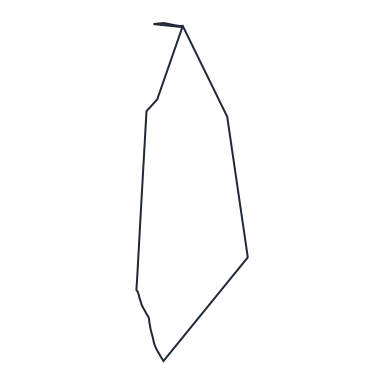 the district of Esperance, Soufrière, Saint Lucia
{"feature_id": "8701671B64891030149560", "entity_name": "Esperance", "entity_type": "district", "adm_level": 2, "iso_a3": "LCA", "parent_name": "Saint Lucia", "parent_adm1": "Soufrière", "projection": "equal_earth", "projection_center": [-61.054, 13.808], "detail": "fine", "context": "isolated", "style": "outline", "palette": "slate", "viewbox_px": 384, "rotation_deg": 0, "n_neighbors": 0, "source": "geoboundaries", "source_scale": "gbopen_adm2", "svg_char_len": 1126}
<svg xmlns="http://www.w3.org/2000/svg" viewBox="0 0 384 384"><path d="M146.5,111.2L141.3,203.1L137.2,277.5L136.6,286.5L136.4,290.0L137.7,291.7L138.8,294.8L139.7,299.0L140.4,300.6L141.3,303.7L141.8,305.1L142.0,305.7L144.5,310.2L147.6,315.8L148.6,317.2L148.9,318.5L149.2,320.2L149.2,320.8L149.3,321.6L149.4,322.5L149.6,323.3L149.7,324.4L149.9,325.1L150.0,326.0L150.1,326.6L150.3,327.5L150.4,328.3L150.6,329.2L150.8,330.1L151.0,331.0L151.3,331.9L151.5,332.7L151.7,333.6L152.0,334.4L152.2,335.1L152.4,336.0L152.6,336.8L152.9,337.9L153.0,338.6L153.3,339.6L153.5,340.6L153.6,341.5L153.9,342.2L154.0,343.0L154.3,343.9L154.6,344.8L154.8,345.5L155.2,346.3L155.5,347.0L155.8,347.7L156.2,348.6L156.5,349.2L157.0,350.1L157.4,350.9L157.8,351.5L158.1,352.1L158.5,352.7L158.8,353.3L159.3,354.1L159.8,355.0L160.1,355.5L160.5,356.2L160.8,356.7L161.2,357.2L161.5,357.9L161.9,358.5L162.3,359.1L162.7,359.8L163.2,360.5L163.5,361.0L247.6,257.6L247.6,256.0L227.2,116.7L182.7,25.8L181.6,25.9L180.4,26.1L175.0,25.3L167.4,23.7L163.7,23.0L153.5,24.1L182.4,27.1L157.3,99.2L153.3,103.7L146.5,111.2Z" fill="none" stroke="#1e293b" stroke-width="2"/></svg>